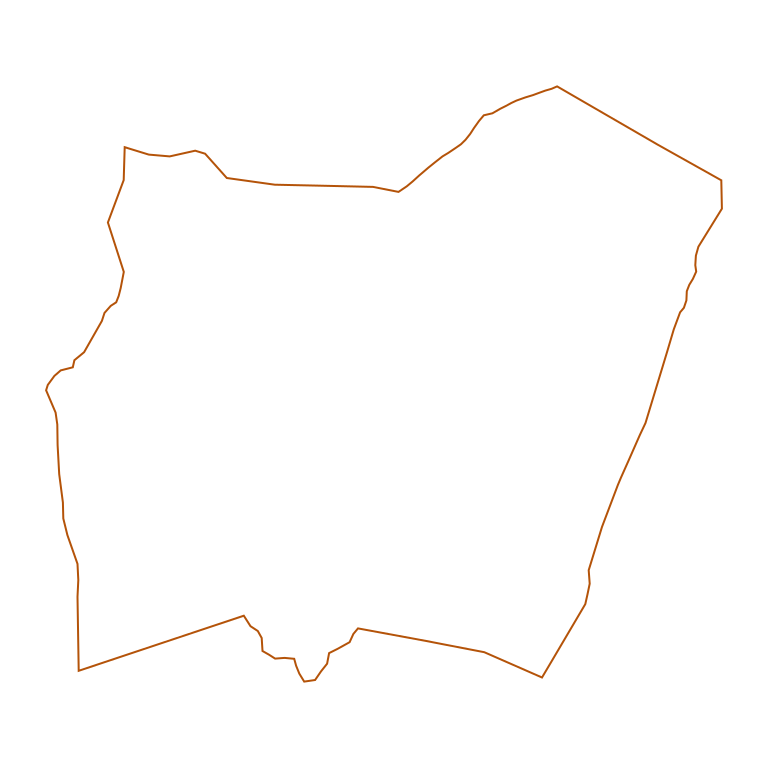 the district of Itainópolis, Piauí, Brazil
{"feature_id": "56859067B45157254788804", "entity_name": "Itainópolis", "entity_type": "district", "adm_level": 2, "iso_a3": "BRA", "parent_name": "Brazil", "parent_adm1": "Piauí", "projection": "orthographic", "projection_center": [-41.486, -7.407], "detail": "fine", "context": "isolated", "style": "outline", "palette": "amber", "viewbox_px": 768, "rotation_deg": 0, "n_neighbors": 0, "source": "geoboundaries", "source_scale": "gbopen_adm2", "svg_char_len": 1482}
<svg xmlns="http://www.w3.org/2000/svg" viewBox="0 0 768 768"><path d="M107.9,222.5L123.8,271.9L120.7,288.0L118.7,295.9L116.2,302.3L110.8,305.8L104.5,312.9L101.9,320.9L84.1,352.2L74.4,360.2L72.8,367.3L60.7,370.4L54.4,375.9L47.8,384.9L46.1,390.3L55.6,412.6L57.3,424.5L57.6,445.0L59.2,474.1L62.9,502.5L63.3,518.5L67.4,535.1L77.5,563.9L77.9,572.0L78.3,580.0L77.5,596.8L78.7,670.8L243.8,615.7L250.5,626.2L257.8,631.0L261.7,638.0L262.5,651.0L269.0,654.7L275.1,658.6L284.6,657.9L294.2,658.8L296.1,665.7L299.3,673.6L304.2,681.6L315.1,680.0L321.0,671.4L327.1,663.7L329.1,653.1L337.3,649.0L349.6,642.2L353.4,633.9L358.0,628.4L426.3,641.0L446.4,644.9L484.3,652.2L542.0,677.5L551.3,661.8L585.3,604.1L587.5,594.3L589.7,583.7L588.7,570.2L602.0,526.9L617.9,484.9L621.1,477.3L628.7,460.3L639.8,435.1L645.5,423.0L667.0,352.2L673.8,329.3L680.1,312.3L683.9,307.8L686.4,300.4L686.8,291.2L689.3,284.8L692.9,278.9L696.2,271.6L695.3,265.2L695.9,255.6L698.4,246.7L721.9,208.7L721.3,180.3L657.6,144.6L557.1,86.4L551.6,88.8L545.3,90.6L538.4,93.1L533.0,95.1L525.4,97.4L516.4,100.6L511.1,103.1L506.0,105.9L500.2,108.8L492.4,113.3L483.8,115.3L479.0,121.0L474.0,128.0L470.2,133.9L465.5,139.8L460.9,144.3L455.0,148.4L448.3,152.9L442.5,156.4L435.0,162.3L428.3,167.7L419.4,175.3L412.7,181.4L406.8,186.3L398.5,191.9L373.0,186.9L329.6,185.9L316.5,185.6L274.8,184.7L226.8,178.0L205.1,153.7L195.2,150.7L169.7,156.4L148.8,154.6L124.7,147.2L123.7,180.1L107.9,222.5Z" fill="none" stroke="#b45309" stroke-width="2"/></svg>